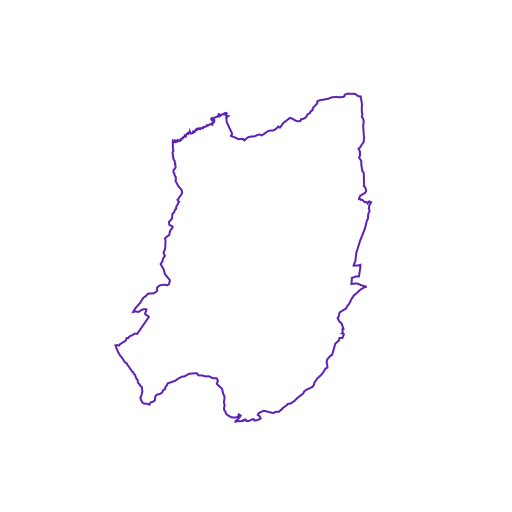 Guasca, Cundinamarca, Colombia (Natural Earth projection), rotated 56°
{"feature_id": "7082276B88398605204412", "entity_name": "Guasca", "entity_type": "district", "adm_level": 2, "iso_a3": "COL", "parent_name": "Colombia", "parent_adm1": "Cundinamarca", "projection": "natural_earth1", "projection_center": [-73.867, 4.802], "detail": "fine", "context": "isolated", "style": "outline", "palette": "violet", "viewbox_px": 512, "rotation_deg": 56, "n_neighbors": 0, "source": "geoboundaries", "source_scale": "gbopen_adm2", "svg_char_len": 6145}
<svg xmlns="http://www.w3.org/2000/svg" viewBox="0 0 512 512"><g transform="rotate(56 256 256)"><path d="M365.5,224.3L359.5,222.7L357.4,223.5L353.2,223.1L352.3,221.0L350.1,219.0L349.6,218.1L349.6,215.8L349.9,210.5L348.7,208.9L347.6,205.3L344.7,200.2L344.2,198.3L343.2,196.9L343.4,195.2L342.3,188.8L342.5,183.8L343.0,182.1L342.7,182.0L339.4,184.9L335.7,187.2L334.7,188.4L332.6,192.5L327.8,188.8L328.9,184.5L330.5,182.1L324.8,176.8L321.7,174.4L321.0,176.5L318.6,180.5L318.4,180.4L315.5,176.2L309.5,171.1L301.3,160.8L294.6,150.9L288.7,144.3L287.8,142.5L283.7,139.2L282.2,136.6L279.8,136.0L279.5,135.4L277.8,134.3L275.9,130.8L275.6,131.3L274.4,131.2L274.0,131.7L274.4,132.4L274.2,133.1L274.8,134.0L273.7,134.0L272.8,134.5L272.6,135.3L271.8,135.9L268.8,136.5L267.9,137.8L267.1,137.8L266.5,138.8L265.6,138.0L264.4,136.0L264.6,130.3L263.8,128.4L261.3,127.3L259.2,127.1L258.1,127.5L257.7,126.9L248.4,120.8L246.5,120.1L245.0,120.4L239.2,117.6L236.1,115.6L232.0,115.5L230.6,113.3L228.9,112.4L228.3,111.7L227.8,111.8L227.1,111.3L225.0,111.2L224.3,110.8L224.2,108.9L222.9,106.3L221.7,103.0L219.2,101.1L218.4,100.1L216.8,99.5L207.4,94.0L206.8,93.0L204.3,91.5L204.1,91.1L202.5,90.5L199.7,90.4L198.5,88.9L194.4,86.9L189.3,83.2L182.3,80.0L181.3,81.3L179.8,82.3L177.4,83.0L176.7,83.6L172.4,89.7L171.9,92.3L173.1,93.4L172.8,94.9L171.0,98.2L169.0,100.5L166.8,104.4L166.1,108.0L162.9,115.3L162.0,118.1L162.1,118.8L163.7,119.8L165.0,125.7L165.5,126.6L166.6,127.3L166.8,128.8L166.5,129.5L167.7,131.3L167.4,134.1L168.7,136.4L168.9,138.3L168.8,139.8L167.8,142.2L168.7,143.0L168.8,144.0L167.8,145.9L166.2,147.3L161.6,149.6L160.5,150.7L161.0,159.3L163.0,164.2L162.6,164.7L161.1,165.1L161.8,167.9L161.7,170.7L161.2,172.2L160.2,173.5L159.2,176.2L159.3,183.7L157.3,185.1L156.6,186.6L155.9,190.7L154.4,192.9L153.2,195.8L153.2,198.3L153.7,200.8L153.2,201.3L152.1,201.2L151.5,201.5L149.1,205.5L147.1,206.4L142.4,209.6L141.3,207.4L128.6,205.4L124.6,203.3L124.5,200.9L124.0,201.4L123.3,200.8L123.7,201.6L122.6,202.3L121.2,200.5L120.7,200.7L120.5,201.5L121.0,202.5L120.0,202.6L120.4,203.9L119.5,204.9L119.8,207.3L119.3,207.0L117.9,207.3L118.4,208.1L119.2,207.9L119.2,208.9L118.4,208.8L119.0,209.6L118.0,213.2L118.6,214.5L117.2,215.0L117.0,215.6L118.1,215.7L117.8,216.6L118.6,216.6L119.4,214.6L120.0,214.6L120.2,215.9L121.1,215.5L121.4,215.9L121.7,216.8L121.3,217.8L122.8,218.8L122.6,219.1L121.8,219.2L121.0,220.3L121.0,223.1L120.3,223.2L120.1,224.1L120.6,224.8L120.6,225.9L119.6,227.5L120.2,228.3L119.8,228.4L119.9,229.4L119.2,230.2L119.7,231.0L118.5,233.0L118.1,233.2L118.0,232.4L117.7,232.9L117.5,234.4L118.4,234.9L117.7,235.6L118.2,236.8L118.8,237.2L118.7,238.3L117.7,238.6L118.7,239.6L118.0,241.7L115.8,241.3L116.8,242.2L115.9,243.1L116.0,244.0L116.8,244.2L116.2,245.6L117.0,246.6L116.3,247.3L117.6,247.7L116.8,248.7L117.2,249.7L116.4,250.9L117.0,250.5L117.5,250.9L116.9,252.4L118.0,253.2L118.1,254.7L117.4,255.4L116.9,255.2L117.0,256.5L116.4,256.1L116.1,256.2L116.5,256.7L116.1,257.4L116.6,258.1L116.5,259.4L116.1,259.6L115.8,259.0L114.5,258.7L114.4,259.0L115.2,260.3L114.1,260.6L120.4,264.8L122.7,265.6L122.9,266.5L123.7,267.4L124.8,268.1L126.2,268.4L127.1,269.4L128.3,269.5L129.8,270.4L131.5,270.2L133.4,271.2L134.2,271.2L134.7,271.9L136.9,272.5L138.1,273.9L138.5,276.1L140.5,277.7L141.8,277.6L143.9,278.4L145.9,278.4L149.1,280.8L155.3,281.3L159.2,280.7L162.0,281.6L163.4,283.8L164.5,287.0L165.3,288.4L165.4,289.6L166.3,289.9L168.0,289.4L170.6,294.6L172.2,295.8L172.2,296.9L173.9,299.5L174.4,301.8L177.9,304.6L178.8,307.3L178.9,309.0L181.6,310.4L184.9,308.7L185.8,309.3L187.1,313.1L190.2,316.4L190.0,318.3L190.5,321.6L192.3,322.2L197.8,326.2L199.6,327.9L201.5,330.8L203.9,331.4L205.0,331.3L206.0,334.3L208.3,336.8L209.3,339.6L216.1,340.1L218.0,341.0L220.4,341.6L227.6,340.9L228.9,341.7L229.6,342.9L230.6,343.6L230.8,345.7L228.4,348.2L226.9,351.3L226.5,353.1L227.0,355.7L228.1,356.7L229.1,356.9L229.7,357.7L229.8,361.6L227.5,365.3L226.9,366.8L227.5,369.4L227.7,373.2L230.0,378.0L231.9,385.4L233.7,389.1L234.7,386.7L236.4,385.1L236.8,384.0L236.6,382.0L237.0,379.6L237.6,378.3L239.0,376.7L240.0,377.7L241.7,380.3L243.3,380.1L246.1,378.8L246.7,379.1L254.1,398.0L252.4,400.1L252.6,402.8L252.1,404.3L252.0,406.4L252.6,407.8L251.7,409.3L252.8,410.5L253.3,411.9L253.1,418.6L253.7,419.4L252.0,421.3L251.6,422.5L252.4,422.3L254.3,423.4L256.4,423.4L257.6,424.0L262.9,424.3L264.8,424.0L270.5,424.1L271.6,423.9L272.8,423.1L274.3,423.5L277.4,423.2L279.0,423.5L280.1,423.2L282.6,423.3L283.8,422.8L285.3,423.2L286.7,422.8L290.7,423.7L292.5,423.4L294.5,424.5L296.7,424.6L297.6,424.2L299.1,424.6L300.5,424.0L301.5,424.1L302.8,425.1L304.8,425.9L308.0,429.6L308.8,431.2L311.9,432.0L314.6,432.0L315.7,431.3L318.2,428.3L319.6,427.5L318.5,425.1L319.0,423.8L319.3,421.2L318.8,420.2L316.5,418.5L315.6,416.7L315.5,415.6L316.6,413.2L316.8,411.1L316.3,409.4L315.5,408.5L315.3,406.8L315.5,405.7L314.0,404.5L313.5,402.5L312.2,400.4L314.2,393.1L314.2,388.5L314.7,384.4L315.5,383.4L315.9,382.0L316.2,377.4L319.9,370.9L320.9,370.4L322.3,370.6L323.1,370.1L324.7,367.7L327.7,365.0L329.2,362.6L330.6,361.4L332.8,360.5L335.4,357.0L338.4,357.4L339.7,359.8L340.1,360.0L347.2,358.4L351.4,360.1L354.8,360.7L357.0,362.2L359.2,364.4L362.2,365.4L364.2,367.6L365.5,368.4L368.1,368.5L370.0,369.0L372.2,368.5L376.0,366.6L378.2,363.8L379.0,361.6L378.8,360.3L377.7,358.8L379.6,357.9L380.5,359.4L381.4,363.5L381.5,365.2L381.9,365.6L382.8,363.3L385.4,359.4L385.5,358.1L385.0,358.1L385.5,356.2L386.1,355.9L387.2,356.3L387.9,355.7L388.7,354.2L389.6,349.5L390.2,349.1L391.1,349.0L391.5,349.3L391.9,349.0L392.8,346.5L393.4,343.1L391.2,342.5L388.7,343.4L388.1,342.5L387.8,340.9L388.6,336.1L395.6,329.8L396.0,328.6L396.2,326.8L397.9,324.2L397.5,321.5L397.8,320.8L397.1,319.9L396.8,313.3L396.3,312.4L397.6,310.0L397.7,305.5L396.8,301.0L396.4,293.8L395.1,291.6L395.1,288.8L396.1,282.4L395.2,280.1L393.7,278.4L391.8,273.7L391.1,268.7L390.0,265.2L388.2,261.5L388.5,259.2L385.7,257.6L383.6,256.9L382.0,255.4L381.3,254.0L380.2,249.7L380.6,248.3L373.0,239.2L372.5,235.3L372.0,234.0L370.6,232.6L372.3,230.2L370.1,227.0L369.5,226.9L368.2,228.0L368.1,227.1L365.1,225.3L365.5,224.3Z" fill="none" stroke="#5b21b6" stroke-width="2"/></g></svg>